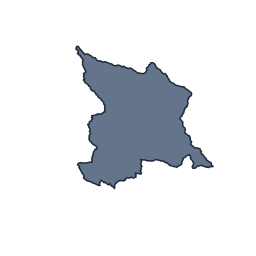 the district of Cutervo, Cajamarca, Peru, rotated 308°
{"feature_id": "86281439B9641917532645", "entity_name": "Cutervo", "entity_type": "district", "adm_level": 2, "iso_a3": "PER", "parent_name": "Peru", "parent_adm1": "Cajamarca", "projection": "equal_earth", "projection_center": [-78.851, -6.166], "detail": "fine", "context": "isolated", "style": "filled", "palette": "slate", "viewbox_px": 256, "rotation_deg": 308, "n_neighbors": 0, "source": "geoboundaries", "source_scale": "gbopen_adm2", "svg_char_len": 5882}
<svg xmlns="http://www.w3.org/2000/svg" viewBox="0 0 256 256"><g transform="rotate(308 128 128)"><path d="M195.0,109.1L194.6,107.2L193.5,105.9L192.1,106.3L191.5,105.8L190.7,105.7L189.5,106.3L186.6,105.7L186.0,106.1L185.3,107.1L182.5,107.6L181.4,107.3L180.5,106.7L178.7,104.4L178.4,103.0L177.4,102.3L177.2,101.6L177.2,100.0L177.4,98.8L177.0,97.4L177.1,95.3L176.8,92.9L175.5,92.0L174.7,90.7L174.1,88.4L174.1,86.8L173.9,86.4L172.7,86.2L172.2,83.0L171.8,81.9L171.3,81.4L170.7,81.3L170.3,80.3L169.4,79.9L168.5,78.5L168.4,76.0L166.8,71.9L166.3,69.3L165.7,68.7L164.4,67.8L164.2,66.1L163.7,64.7L162.3,62.7L162.3,61.5L163.1,59.4L163.1,58.8L162.3,57.6L161.9,56.2L162.1,54.3L161.9,53.5L161.7,51.5L161.2,50.2L160.4,49.4L159.5,48.9L160.1,44.5L160.5,43.5L160.8,40.6L161.3,39.9L161.5,38.4L161.1,38.2L160.9,37.5L160.6,37.4L158.8,38.0L158.1,38.6L158.1,41.0L157.2,42.4L156.9,42.5L156.1,42.1L155.7,42.2L155.5,42.6L155.6,43.7L155.4,44.5L155.8,45.7L155.0,46.5L154.9,47.7L154.4,49.2L154.3,50.4L153.0,50.9L150.6,52.8L150.2,52.8L147.7,57.4L147.5,58.1L147.6,58.5L147.0,58.9L146.6,59.8L146.2,60.2L145.0,60.3L144.0,59.5L143.6,59.4L143.1,60.4L142.2,60.9L141.5,60.9L141.3,61.1L140.7,62.3L139.6,63.8L139.1,63.1L138.3,63.5L138.4,64.3L137.3,65.8L137.5,68.6L137.4,70.3L136.8,71.4L137.2,72.5L137.2,73.0L136.0,73.9L135.1,76.5L135.2,76.9L135.7,77.2L136.1,78.0L135.9,78.5L135.7,80.3L135.2,81.2L135.2,81.8L134.7,82.3L135.0,83.7L134.6,84.7L134.2,84.9L134.0,85.3L134.0,86.2L134.2,88.1L134.1,89.0L133.4,90.1L133.5,91.6L133.2,93.0L132.3,93.7L131.8,94.5L131.7,95.5L130.9,96.7L130.6,96.8L130.2,96.7L129.9,97.2L128.8,97.7L126.6,99.9L125.7,99.1L124.9,99.1L123.3,98.4L122.7,98.5L122.1,97.7L121.5,97.3L121.1,96.3L120.7,95.7L120.0,95.8L119.8,95.1L118.9,95.1L118.4,94.4L116.9,93.4L116.2,92.6L115.6,92.6L115.3,92.0L114.5,92.7L114.0,92.7L113.9,94.0L113.3,94.5L112.9,94.1L110.8,94.6L110.0,94.0L108.9,93.8L108.5,94.3L107.1,94.7L106.5,94.1L106.1,94.1L105.6,94.7L105.4,95.9L104.4,96.8L104.0,98.2L103.2,99.3L101.6,99.7L101.4,100.0L101.3,100.8L99.9,102.1L99.1,101.9L98.4,102.0L97.8,102.3L97.6,102.7L97.1,102.9L96.8,103.4L96.4,103.3L95.9,103.9L95.1,104.1L95.0,105.0L94.5,105.6L94.2,106.5L94.1,108.7L93.6,109.2L94.0,114.8L92.5,116.4L92.2,116.4L91.1,115.1L89.6,115.7L88.1,115.4L87.4,116.0L86.7,116.0L85.9,117.0L84.8,116.8L84.5,117.6L82.7,117.6L81.5,118.7L80.8,118.9L80.1,119.8L78.9,120.6L77.8,119.1L76.8,118.5L76.1,117.7L74.7,116.7L73.2,114.6L72.1,113.7L72.0,112.6L71.4,111.8L69.6,110.7L68.9,110.7L67.9,111.1L68.0,112.5L67.7,113.5L66.8,113.6L66.5,113.9L66.2,115.3L65.5,116.4L64.8,118.5L64.2,119.1L63.6,122.5L62.7,123.2L61.4,123.6L61.2,123.8L61.3,125.2L61.0,126.3L61.4,128.8L62.7,131.7L63.0,134.2L63.7,135.9L64.5,139.8L65.3,141.1L65.5,141.3L66.4,139.8L67.9,139.6L70.2,139.0L70.4,140.4L70.2,142.8L70.7,143.2L71.2,143.3L71.2,143.5L71.0,146.0L71.2,147.2L71.5,147.8L72.0,148.0L73.0,147.7L73.1,147.9L72.1,150.6L72.4,152.1L72.2,154.5L73.4,153.8L74.2,152.7L75.9,152.5L77.3,152.7L78.0,152.3L78.6,152.8L80.6,153.3L81.9,154.7L82.6,155.0L82.9,155.5L83.2,156.6L83.5,156.9L84.2,157.0L84.3,157.5L85.0,157.7L85.3,157.5L85.6,157.8L86.5,157.3L87.2,157.7L88.1,157.6L88.9,159.2L89.5,160.0L91.2,160.8L91.4,161.7L92.1,163.4L93.4,163.8L94.1,164.4L94.4,164.4L95.1,163.7L95.5,163.5L96.9,161.7L97.2,162.4L97.8,163.4L99.1,164.9L99.2,166.0L99.7,166.6L100.9,166.2L101.1,165.5L101.7,164.7L101.9,163.9L102.7,164.1L103.7,163.8L104.4,162.8L105.3,162.3L105.9,162.7L106.2,162.7L106.7,162.0L107.4,160.2L108.3,159.8L109.1,159.8L109.7,159.4L110.9,158.0L110.9,157.6L111.1,157.7L111.4,158.7L113.2,160.7L113.6,162.5L114.2,163.6L115.1,164.6L115.4,165.3L115.9,165.6L116.1,166.3L116.6,167.1L117.6,168.0L120.0,169.2L121.1,170.7L121.0,171.1L121.4,171.6L121.5,172.1L122.3,173.6L122.3,174.5L123.4,175.6L123.7,176.3L123.6,176.9L123.8,177.5L123.7,178.6L124.1,179.0L124.2,179.6L124.5,180.1L124.3,181.2L124.5,181.6L124.5,182.1L124.3,182.7L124.5,183.4L124.2,184.1L124.8,184.6L124.8,185.3L125.3,185.9L125.7,187.9L126.4,188.5L126.7,189.5L127.1,189.9L127.1,190.7L127.9,190.6L128.7,191.2L129.5,191.3L130.7,192.1L132.7,192.4L133.3,192.2L134.3,191.5L135.0,191.4L135.7,190.8L136.1,191.0L137.6,190.6L138.2,189.9L140.1,191.1L142.1,191.3L143.0,191.7L143.9,192.7L144.8,192.9L144.7,193.8L144.2,194.5L143.4,195.2L143.2,195.7L142.7,195.8L142.5,196.1L142.2,196.8L141.9,199.1L140.7,201.2L139.8,202.0L138.3,202.1L137.5,202.5L136.9,202.5L136.5,203.6L136.6,204.1L136.4,204.2L137.9,205.8L140.1,206.0L141.8,207.4L142.5,207.7L142.8,208.1L143.2,208.1L143.9,209.2L144.2,211.1L144.8,211.9L145.3,213.8L145.5,214.2L146.0,214.5L146.4,215.7L147.0,216.2L148.0,216.4L148.7,217.3L149.2,217.5L149.4,218.2L149.9,218.6L150.4,216.4L151.6,215.2L151.7,214.8L151.3,212.0L151.2,209.7L152.0,208.4L152.3,205.5L152.9,204.5L153.2,201.0L153.6,200.5L154.7,200.3L154.9,199.3L155.9,197.4L155.8,196.9L155.1,195.8L154.8,194.6L154.5,194.0L153.5,193.0L153.4,192.0L153.7,190.6L153.6,189.0L153.3,187.9L153.7,187.2L154.4,187.4L154.9,186.9L156.3,186.6L156.9,184.3L158.4,183.4L159.2,182.2L159.6,181.0L159.1,179.7L159.1,178.4L159.3,177.0L159.1,175.8L161.0,174.5L161.8,174.4L163.0,172.8L163.1,171.0L163.5,169.8L163.9,169.3L165.1,168.6L166.5,167.4L166.7,166.8L166.6,165.8L167.2,164.1L167.2,163.2L168.2,162.7L169.4,162.7L170.7,163.2L171.5,162.6L172.3,162.8L172.6,162.5L173.2,162.2L174.1,162.6L177.1,161.1L178.3,161.1L179.0,160.6L180.2,161.3L181.3,160.7L181.9,161.2L182.5,160.6L184.2,160.3L185.5,158.7L188.0,157.5L188.8,157.6L189.5,156.9L190.2,157.3L191.4,157.3L191.9,157.8L193.0,157.7L194.0,157.2L194.7,156.0L194.9,155.0L194.6,153.6L194.9,151.9L194.5,149.6L194.9,146.9L193.3,144.6L193.1,143.5L192.5,142.7L191.3,139.5L191.0,137.4L191.2,136.4L190.6,134.2L190.7,131.6L191.3,131.1L191.4,130.5L192.4,127.7L193.1,127.0L193.2,125.8L193.6,125.1L193.7,123.6L192.9,123.0L192.4,121.9L192.8,120.7L192.8,119.5L193.6,117.7L193.5,116.7L193.2,116.0L193.0,114.6L193.5,113.1L193.4,112.3L194.4,110.9L195.0,109.1Z" fill="#64748b" stroke="#1e293b" stroke-width="1.5"/></g></svg>